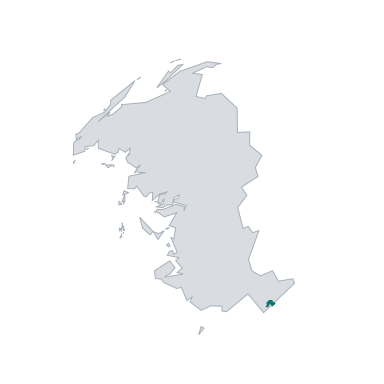 Adygey highlighted on a map of Russia, rotated 292°
{"feature_id": "RUS-2279", "entity_name": "Adygey", "entity_type": "Republic", "adm_level": 1, "iso_a3": "RUS", "parent_name": "Russia", "parent_adm1": "", "projection": "orthographic", "projection_center": [39.851, 44.472], "detail": "fine", "context": "in_parent", "style": "filled", "palette": "teal", "viewbox_px": 384, "rotation_deg": 292, "n_neighbors": 0, "source": "natural_earth", "source_scale": "10m", "svg_char_len": 5671}
<svg xmlns="http://www.w3.org/2000/svg" viewBox="0 0 384 384"><g transform="rotate(292 192 192)"><path d="M318.5,157.3L322.0,170.9L319.8,167.2L314.9,164.3L313.6,158.5L302.3,148.0L304.8,157.6L282.0,159.9L283.5,168.9L286.9,169.8L294.4,182.3L286.7,202.4L264.2,211.8L269.4,223.1L257.0,227.8L252.2,243.1L238.3,241.6L231.2,247.4L215.1,236.0L209.4,244.2L194.7,240.2L177.4,252.9L181.2,256.9L177.0,263.4L181.2,268.5L150.6,269.6L141.3,277.3L139.8,286.8L149.2,296.2L141.6,305.4L149.3,317.9L145.8,321.3L106.9,303.5L118.6,282.1L93.9,268.8L92.9,264.3L97.3,262.7L93.5,252.0L85.7,244.9L89.3,231.4L94.5,231.3L89.4,227.9L99.6,218.0L96.8,213.9L97.5,199.5L99.8,196.3L98.1,190.5L104.9,186.7L119.9,197.2L115.5,204.6L107.5,202.1L104.9,199.5L103.0,198.9L112.7,214.7L111.9,208.5L117.7,211.3L122.5,202.5L126.3,204.6L124.0,192.8L128.6,193.4L130.4,196.1L127.3,198.3L130.6,200.8L141.9,189.5L141.8,192.8L152.7,190.1L152.3,183.3L167.1,185.6L158.5,175.6L160.7,166.0L162.9,166.1L164.7,171.4L174.5,181.8L175.7,190.3L171.3,191.6L177.5,191.7L175.8,179.2L177.3,177.8L181.6,181.8L184.7,181.2L179.2,177.2L173.0,178.9L170.2,173.2L166.4,170.7L164.9,164.6L170.2,169.7L174.4,169.2L175.2,168.7L168.8,167.2L170.4,163.8L177.6,163.0L180.0,167.6L182.7,168.7L178.2,162.9L169.2,158.4L176.8,155.8L175.2,152.9L170.8,151.5L170.0,149.1L176.7,138.7L173.5,137.5L171.0,131.1L182.9,127.6L192.6,141.6L190.0,134.2L191.6,131.9L196.4,133.9L197.3,134.1L197.5,133.8L193.5,131.6L195.3,121.5L198.6,117.9L203.3,118.8L201.8,120.0L209.5,118.3L204.0,115.4L204.7,108.0L201.1,108.4L198.1,106.5L197.4,88.8L205.0,85.6L198.4,83.8L194.0,76.1L189.6,77.3L181.7,68.2L193.0,64.0L196.6,65.0L197.7,67.0L202.4,69.1L197.7,65.1L202.1,62.7L204.3,65.2L223.6,71.9L233.1,80.9L242.3,83.8L246.7,82.3L273.9,97.4L254.9,94.1L222.3,78.7L235.5,85.9L230.7,85.5L235.1,90.0L245.0,94.9L246.6,93.9L257.8,115.7L277.2,134.3L280.6,124.6L299.3,135.5L318.5,157.3ZM149.0,153.0L140.9,170.5L136.6,169.3L140.0,159.6L149.0,153.0ZM275.6,120.3L295.4,125.0L294.6,127.6L304.2,131.5L306.8,135.7L284.3,125.6L275.6,120.3ZM135.3,178.1L140.8,171.0L140.8,176.5L145.9,180.9L135.3,178.1ZM187.7,108.9L183.1,104.9L184.8,101.9L187.7,108.9ZM157.1,130.7L164.0,130.8L158.5,133.1L157.1,130.7ZM152.7,129.0L156.0,127.8L154.4,131.6L152.7,129.0ZM163.1,129.0L167.9,128.5L167.5,133.4L163.1,129.0ZM186.0,101.2L184.2,99.3L184.4,97.3L186.0,101.2ZM62.0,251.7L70.6,250.8L70.3,254.1L62.0,251.7ZM125.2,142.9L127.1,142.0L123.4,144.0L125.2,142.9ZM193.6,105.8L195.7,103.8L196.0,107.3L193.6,105.8ZM135.7,189.5L133.8,191.8L132.5,190.6L133.3,188.4L135.7,189.5ZM128.8,141.2L130.3,140.2L131.5,140.8L128.8,141.2ZM134.7,139.8L134.6,141.5L133.0,141.3L132.9,140.3L134.7,139.8ZM136.5,139.6L135.0,139.8L136.8,138.7L136.5,139.6ZM148.5,181.5L150.7,184.4L147.9,182.5L148.5,181.5ZM157.3,131.7L157.3,133.1L155.6,132.8L157.3,131.7ZM129.2,139.2L131.2,138.3L130.8,139.5L129.2,139.2ZM175.9,70.7L177.1,71.8L174.3,71.4L175.9,70.7ZM123.3,142.2L124.8,142.5L121.9,142.9L123.3,142.2ZM160.2,165.0L158.4,166.2L160.1,164.8L160.2,165.0ZM188.4,131.6L190.7,131.8L189.0,132.4L188.4,131.6ZM191.7,78.0L193.5,78.8L193.4,79.5L191.7,78.0ZM132.8,142.4L131.5,142.1L133.4,142.2L132.8,142.4ZM131.3,139.5L132.4,140.4L130.8,140.0L131.3,139.5ZM303.4,123.3L305.0,124.6L307.7,127.3L303.4,123.3ZM130.9,142.7L132.0,143.6L131.0,143.7L130.9,142.7ZM170.0,163.6L169.1,165.1L168.7,165.1L170.0,163.6ZM235.8,79.7L236.6,81.0L234.8,79.8L235.8,79.7ZM191.8,105.8L193.5,106.4L192.4,106.6L191.8,105.8ZM275.0,129.1L277.1,129.7L276.8,130.4L275.0,129.1ZM275.5,98.8L278.9,101.0L278.4,101.1L275.5,98.8ZM129.3,143.3L128.4,143.9L128.0,143.6L129.3,143.3ZM169.1,160.9L169.8,162.3L169.2,162.1L169.1,160.9ZM186.5,109.5L187.6,110.2L185.5,109.7L186.5,109.5ZM310.8,131.7L307.9,128.0L311.3,132.0L310.8,131.7Z" fill="#d9dde1" stroke="#a8b0b8" stroke-width="1"/><path d="M117.1,303.4L117.3,303.4L117.3,303.5L117.5,303.6L117.8,303.7L117.9,303.8L118.0,303.8L118.3,303.9L118.7,303.9L118.8,303.8L119.0,303.8L119.3,303.9L119.4,304.0L119.7,304.2L119.8,304.3L120.2,304.7L120.3,304.8L120.5,305.2L120.5,305.3L120.6,305.7L120.6,305.8L120.7,306.0L120.8,306.0L120.9,306.3L120.9,306.5L121.0,306.8L120.6,306.9L120.8,306.6L120.7,306.5L120.6,306.3L120.6,306.2L120.4,306.0L120.4,305.9L120.3,305.6L120.1,305.5L119.9,305.5L119.7,305.8L119.7,306.0L119.5,306.3L119.6,306.5L119.8,306.7L119.8,307.5L119.9,307.8L119.8,308.0L119.7,308.1L119.7,309.0L119.8,309.0L120.0,309.2L120.0,309.3L120.0,309.5L119.9,309.5L119.8,309.9L119.7,310.0L119.6,310.3L119.4,310.3L119.0,310.1L118.9,310.0L118.6,309.9L118.4,309.9L118.3,309.7L118.2,309.6L117.9,309.7L117.7,309.6L117.4,309.4L117.5,309.4L117.5,309.2L117.5,308.9L117.6,308.7L117.4,308.6L117.4,308.4L117.5,308.3L117.5,308.2L117.8,308.2L117.8,308.3L117.8,308.5L118.0,308.6L118.1,308.8L118.3,308.8L118.4,308.7L118.5,308.5L118.6,308.4L118.6,308.2L118.7,307.9L118.3,307.9L118.2,307.9L118.1,307.6L117.9,307.5L117.7,307.5L117.7,307.4L117.8,307.1L118.0,306.9L118.0,306.5L118.0,306.4L118.1,306.1L118.1,305.9L118.1,305.7L118.2,305.8L118.3,305.8L118.3,305.7L118.5,305.7L118.4,305.4L118.4,305.2L118.2,304.9L118.3,304.8L118.3,304.7L118.2,304.7L118.1,304.4L117.8,304.4L117.7,304.4L117.5,304.6L117.4,304.5L117.4,304.4L117.2,304.4L117.2,304.5L117.1,304.4L117.3,304.2L117.2,304.1L116.9,304.2L116.7,304.1L116.6,304.3L116.7,304.5L116.8,304.5L117.0,304.7L117.0,304.8L117.1,305.0L116.9,305.2L116.7,305.3L116.3,305.2L116.1,305.2L115.2,305.2L114.9,305.0L114.6,304.9L114.4,304.7L114.2,304.6L113.9,304.6L113.9,304.3L113.9,304.1L114.0,304.1L114.3,304.2L114.5,304.1L114.8,304.2L114.9,304.3L115.0,304.4L115.2,304.5L115.3,304.4L115.5,304.4L116.1,304.3L116.1,304.2L116.3,304.0L116.5,303.9L116.7,303.7L116.8,303.5L116.9,303.4L117.0,303.4L117.1,303.4Z" fill="#14b8a6" stroke="#0f766e" stroke-width="1.5"/></g></svg>